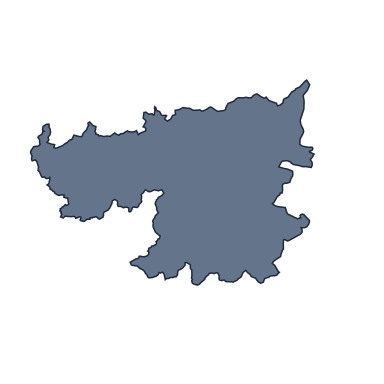 Bac Quang, Hà Giang, Vietnam (Robinson projection), rotated 73°
{"feature_id": "81297802B46816941364430", "entity_name": "Bac Quang", "entity_type": "district", "adm_level": 2, "iso_a3": "VNM", "parent_name": "Vietnam", "parent_adm1": "Hà Giang", "projection": "robinson", "projection_center": [104.909, 22.394], "detail": "fine", "context": "isolated", "style": "filled", "palette": "slate", "viewbox_px": 384, "rotation_deg": 73, "n_neighbors": 0, "source": "geoboundaries", "source_scale": "gbopen_adm2", "svg_char_len": 6062}
<svg xmlns="http://www.w3.org/2000/svg" viewBox="0 0 384 384"><g transform="rotate(73 192 192)"><path d="M294.3,131.9L293.4,132.7L286.3,134.3L283.9,136.1L282.4,134.7L281.1,131.6L279.7,126.2L277.5,125.1L273.8,122.2L273.4,121.3L267.5,119.6L264.6,118.4L264.5,117.2L266.7,115.2L266.8,113.9L264.1,100.8L262.7,98.5L261.8,98.1L260.1,97.8L258.1,98.2L259.1,94.5L258.8,92.4L257.0,89.9L254.5,88.2L253.4,88.1L246.1,91.8L245.4,93.1L245.5,94.8L246.2,95.6L248.5,95.6L248.3,99.1L241.0,106.9L239.6,107.3L234.2,107.3L231.0,114.3L229.3,116.6L226.8,118.6L225.8,116.5L221.2,111.7L220.3,108.9L218.7,107.8L219.4,106.2L216.6,104.8L211.7,103.5L211.1,102.9L210.8,100.3L211.3,99.0L211.4,95.7L208.1,93.4L206.2,91.2L204.8,90.5L201.5,89.7L198.0,94.0L196.3,97.3L193.3,101.7L189.2,97.4L188.9,96.2L189.9,91.9L192.1,88.9L193.0,88.8L195.3,87.1L198.1,81.7L200.2,78.7L200.9,76.0L203.4,70.8L201.5,69.2L199.0,68.5L195.6,69.4L193.7,66.5L191.4,64.2L188.4,67.7L187.7,67.9L187.3,67.6L187.4,65.5L187.1,64.8L186.1,63.8L184.9,63.8L184.3,64.1L183.0,68.2L180.3,73.2L178.0,75.0L172.7,73.0L169.4,69.5L167.4,67.9L166.2,67.4L163.9,67.4L158.9,68.2L155.0,67.5L145.4,60.8L138.1,58.3L132.7,57.5L131.7,56.9L128.8,52.3L123.9,48.1L118.5,49.6L118.9,51.0L123.1,58.4L123.6,62.6L124.6,63.3L125.6,67.5L129.4,72.5L129.6,75.3L130.1,77.0L131.1,78.0L133.3,78.8L134.6,82.4L134.6,84.8L133.7,85.3L131.9,85.2L127.6,91.0L126.7,91.8L122.9,93.4L123.3,94.5L123.3,95.7L121.2,98.0L117.3,101.0L117.1,102.3L117.6,105.1L119.1,107.5L119.1,108.8L117.2,112.8L116.9,115.7L115.4,119.9L115.6,122.0L117.4,125.4L117.9,131.7L121.3,135.0L122.6,135.6L123.2,136.5L123.4,137.9L122.4,143.8L120.3,145.8L116.9,148.4L116.1,149.5L116.3,151.4L117.2,153.6L117.8,158.0L117.7,158.7L115.8,160.4L114.6,165.9L113.9,167.2L111.1,170.0L110.6,171.9L108.6,175.8L109.5,180.9L108.9,184.0L109.6,184.5L113.2,185.1L113.1,188.1L116.0,191.0L117.0,194.7L114.6,196.7L114.0,196.8L111.6,194.0L111.0,194.5L110.2,198.0L109.7,198.6L105.8,199.4L103.3,202.3L100.9,201.9L99.6,202.7L100.9,203.4L102.9,203.5L107.2,205.7L106.9,206.7L105.5,207.3L104.9,210.7L102.2,212.7L101.9,214.7L107.2,217.1L110.0,215.4L111.4,215.5L115.4,219.7L116.5,218.3L117.6,217.7L119.6,218.1L120.1,218.9L120.7,225.1L121.6,226.5L120.4,227.0L118.9,226.7L117.7,227.4L117.1,227.2L117.5,229.6L116.9,232.5L115.7,235.0L114.7,235.7L115.2,238.6L116.0,240.4L115.4,243.4L116.4,245.1L115.0,247.1L112.9,248.7L114.9,254.0L113.7,256.7L113.1,260.3L111.4,263.0L111.2,264.6L109.9,264.8L108.4,267.1L107.0,266.6L105.7,267.2L105.3,267.2L104.2,265.9L102.9,265.7L102.0,264.9L101.3,264.8L99.5,267.3L95.1,269.4L95.7,271.3L96.6,271.6L98.1,271.2L98.6,272.2L101.7,274.7L103.8,278.5L106.8,281.2L106.1,283.4L103.1,288.3L106.6,291.5L106.6,294.1L108.3,296.9L108.4,298.5L109.8,302.1L110.4,308.6L110.1,309.8L109.6,310.8L109.0,311.0L106.7,309.5L106.1,310.1L105.8,311.4L102.4,316.1L100.3,313.7L98.1,313.7L97.3,313.3L95.9,311.3L93.7,309.8L90.2,309.3L88.0,309.8L86.8,309.1L85.2,309.0L84.7,311.6L85.7,315.2L88.3,316.6L89.4,316.7L90.7,315.6L90.8,317.2L92.8,318.5L93.8,322.4L94.8,323.4L97.4,322.4L100.0,323.3L102.1,323.3L103.2,325.9L102.5,328.7L102.5,330.3L105.7,334.3L107.6,334.9L110.8,334.4L112.6,335.5L114.2,335.9L115.5,335.7L115.4,332.5L117.5,331.5L123.4,331.5L126.4,333.0L128.1,332.0L133.6,331.3L134.1,330.7L134.5,328.7L136.0,327.9L136.8,326.9L136.8,324.2L135.9,323.2L141.6,326.1L142.5,327.0L142.9,328.5L145.5,326.5L147.9,326.9L149.0,325.4L150.1,325.1L151.6,323.7L153.2,323.5L156.2,320.7L156.6,317.7L157.6,315.1L159.5,316.1L161.0,314.2L161.5,312.7L167.5,313.5L168.1,314.4L168.1,316.0L167.1,316.5L167.0,316.9L168.3,319.1L168.5,320.6L169.3,321.6L169.6,323.0L170.3,323.0L171.4,323.9L172.5,322.8L173.6,323.6L175.0,323.0L177.4,325.0L179.2,322.8L178.0,320.5L180.4,314.5L180.6,312.6L181.4,311.1L183.1,310.9L183.2,308.5L182.7,307.8L182.7,307.2L183.8,305.5L186.1,307.2L186.7,307.1L188.5,304.1L188.1,301.9L187.3,300.8L188.2,297.6L187.0,297.2L187.1,296.0L187.7,295.1L187.1,294.4L187.6,293.2L187.4,291.6L188.7,289.8L190.1,289.5L190.9,288.4L190.0,284.5L188.9,283.6L186.3,282.8L185.6,282.0L184.7,277.3L183.2,275.3L180.0,272.3L177.1,270.6L176.6,267.9L178.8,266.1L180.1,266.1L182.3,267.0L184.1,266.8L185.1,264.1L187.1,262.1L187.0,260.1L187.8,258.2L189.1,257.1L191.7,258.0L192.6,257.8L192.9,257.0L192.2,255.6L189.5,253.4L189.3,252.3L190.8,248.9L189.9,247.2L188.3,246.1L187.0,243.4L186.0,242.7L184.4,242.9L181.9,241.5L179.5,241.3L178.4,238.6L176.5,236.5L176.6,235.4L178.8,233.7L179.5,232.2L179.0,227.3L181.0,223.8L181.0,220.2L185.0,219.3L186.7,222.3L187.3,225.8L188.8,227.0L189.2,228.4L190.1,228.6L191.0,229.9L192.7,230.7L196.4,230.3L198.4,231.0L202.0,230.3L204.1,234.1L205.9,235.4L207.0,237.0L208.5,238.1L210.6,238.1L212.3,239.0L214.3,239.4L219.6,238.7L223.6,236.3L224.5,235.3L226.7,236.4L227.1,237.2L227.0,238.1L228.2,239.2L228.9,240.9L230.6,240.9L231.8,242.0L231.9,243.8L232.3,244.6L231.9,246.2L233.0,247.5L233.2,249.8L235.1,250.6L235.6,251.6L236.2,251.0L237.6,251.0L239.1,252.0L240.0,254.0L240.0,256.8L238.0,260.9L238.1,261.5L239.0,261.7L239.8,262.6L239.6,265.3L241.1,271.7L243.9,271.4L244.7,270.5L246.8,266.0L249.9,264.2L251.5,262.3L253.8,260.7L255.8,260.4L258.6,259.2L260.2,259.2L261.5,258.3L262.2,255.0L262.0,250.5L261.1,248.4L259.3,247.2L260.3,246.0L260.0,244.0L260.3,243.5L262.4,242.7L268.0,243.2L267.4,241.9L267.8,239.5L267.5,237.2L268.2,235.4L268.0,233.1L268.5,232.1L267.0,230.1L263.5,228.7L262.6,227.0L262.7,225.7L262.0,223.4L260.0,220.0L257.7,219.4L257.7,218.0L260.7,215.2L261.6,215.0L264.6,215.9L266.6,215.0L271.6,216.4L274.4,217.7L275.6,217.1L276.8,218.3L279.2,218.3L280.6,217.2L282.7,213.8L282.3,211.8L280.6,208.8L279.9,206.7L279.0,205.1L278.2,205.1L277.9,204.0L276.8,202.8L276.2,200.9L275.0,199.4L274.9,198.7L275.4,196.2L276.5,194.9L276.3,193.0L276.7,191.5L277.3,191.0L280.2,190.5L282.4,191.5L284.1,191.5L285.4,189.7L285.5,187.0L287.7,185.7L289.5,180.2L290.2,179.1L289.6,174.8L288.5,172.9L287.6,169.8L283.9,166.7L282.6,163.5L285.2,162.5L287.7,160.6L290.1,160.1L293.0,156.5L297.0,155.1L299.3,153.0L299.1,150.1L296.6,148.3L295.9,147.2L296.0,143.7L295.1,141.6L296.2,137.5L296.4,135.5L294.3,131.9Z" fill="#64748b" stroke="#1e293b" stroke-width="1.5"/></g></svg>